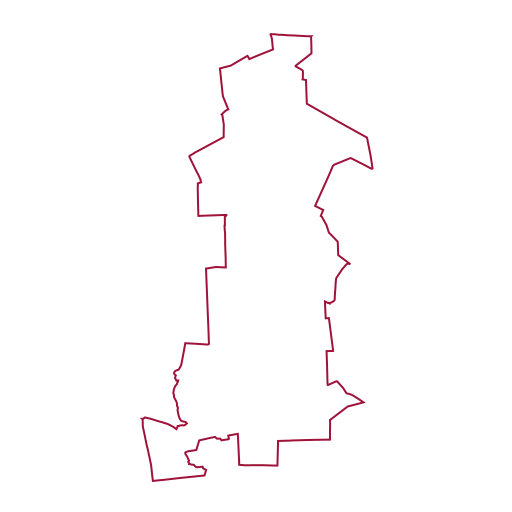 Amzacea, Constanta, Romania, rotated 268°
{"feature_id": "2599482B28238264431370", "entity_name": "Amzacea", "entity_type": "district", "adm_level": 2, "iso_a3": "ROU", "parent_name": "Romania", "parent_adm1": "Constanta", "projection": "albers", "projection_center": [28.34, 43.96], "detail": "fine", "context": "isolated", "style": "outline", "palette": "rose", "viewbox_px": 512, "rotation_deg": 268, "n_neighbors": 0, "source": "geoboundaries", "source_scale": "gbopen_adm2", "svg_char_len": 5258}
<svg xmlns="http://www.w3.org/2000/svg" viewBox="0 0 512 512"><g transform="rotate(268 256 256)"><path d="M368.8,371.4L370.5,371.0L371.0,370.2L374.5,364.3L381.4,352.8L388.9,340.4L390.4,338.1L401.1,320.7L403.4,317.0L406.4,312.1L418.7,312.1L418.8,312.1L430.1,312.1L430.9,308.7L431.9,309.0L437.8,309.3L439.2,309.3L439.7,309.1L440.2,308.6L441.2,307.1L442.7,304.6L444.2,302.2L444.8,302.3L446.7,304.9L449.3,308.5L453.0,313.6L455.0,316.3L456.6,318.5L465.6,318.7L470.8,318.7L473.5,318.7L473.7,318.9L473.7,318.6L473.7,317.5L473.8,316.3L474.0,312.9L474.3,310.0L474.6,306.4L475.0,302.6L475.1,300.9L475.1,300.7L475.6,294.3L476.1,290.3L476.2,288.3L476.2,287.5L476.7,284.1L476.9,282.8L477.0,280.7L477.2,278.6L477.2,278.3L477.1,278.2L475.1,278.8L473.2,279.4L467.9,279.8L465.5,279.9L461.9,280.2L459.2,272.8L456.5,265.3L454.5,260.0L453.0,256.2L455.9,254.8L456.2,254.5L456.3,254.4L453.0,248.3L449.8,242.2L449.7,242.1L447.2,237.5L447.1,237.2L445.7,230.9L444.7,226.5L420.3,228.2L417.7,228.4L416.0,228.8L415.2,229.1L403.5,233.4L402.7,231.6L402.1,230.5L398.7,226.6L397.9,227.3L391.6,228.0L388.3,228.4L375.9,227.8L361.3,198.1L360.9,197.8L358.6,193.4L358.4,193.1L358.1,192.9L357.7,192.9L357.1,193.1L356.3,193.4L355.0,194.0L352.7,195.0L342.6,199.5L340.4,200.6L338.2,201.6L334.3,203.2L333.0,203.4L332.4,203.4L331.9,203.5L331.5,203.7L331.4,203.5L331.5,203.3L331.3,202.7L330.7,200.9L330.6,200.4L326.3,200.2L325.8,200.1L316.9,200.0L310.6,199.9L308.2,199.9L298.1,199.8L298.0,200.7L298.1,203.2L298.1,203.9L298.1,227.6L297.9,227.9L296.6,226.8L296.3,226.2L287.8,226.0L287.6,225.6L282.3,225.7L279.7,225.9L276.6,225.8L274.1,225.8L269.0,225.6L266.3,225.6L263.1,225.6L259.8,225.6L257.3,225.6L254.1,225.6L245.6,225.4L246.4,215.5L245.2,206.0L245.2,205.6L200.9,205.8L200.3,205.8L186.9,205.9L173.5,205.9L171.6,205.9L170.4,205.9L169.9,206.0L169.6,205.7L169.3,205.2L169.2,204.6L169.2,204.1L169.4,202.5L170.3,193.7L171.3,182.3L171.2,182.3L156.4,179.0L152.4,178.1L149.2,177.3L145.4,174.9L145.0,174.5L144.8,173.8L144.5,172.6L144.1,171.8L143.5,171.0L143.5,170.9L142.4,170.2L141.6,170.0L140.5,170.5L139.5,171.7L138.2,171.2L136.9,170.8L135.4,171.6L134.3,172.1L134.3,173.9L133.4,173.7L131.8,172.8L130.6,172.4L130.0,171.8L129.3,171.1L128.4,170.4L126.7,169.8L125.6,169.2L124.0,169.0L123.0,168.8L122.0,168.5L121.2,168.8L120.8,168.9L119.4,169.3L118.4,169.1L117.8,169.2L116.0,170.0L113.6,171.2L112.0,171.8L111.6,171.8L109.0,171.8L107.4,172.6L106.6,172.7L105.6,172.3L104.7,172.2L103.4,172.4L102.3,172.6L101.4,172.7L98.5,173.3L96.4,174.0L95.7,174.3L94.0,175.4L93.6,176.1L93.0,178.0L92.6,179.6L92.0,180.3L91.1,181.1L90.7,180.6L90.3,180.1L89.7,179.3L89.3,178.5L89.2,177.9L89.2,177.4L89.4,176.7L89.4,175.6L89.4,175.0L89.2,174.0L89.0,173.3L88.7,172.5L88.8,171.9L88.7,171.9L88.3,171.8L87.2,171.1L86.0,170.5L85.7,170.3L86.5,169.4L88.3,167.0L88.8,166.2L89.4,165.2L90.4,163.5L91.4,161.4L91.7,160.4L93.1,156.5L93.7,154.5L94.3,152.7L95.9,148.2L97.0,145.0L97.8,142.1L98.5,139.5L98.5,139.2L97.7,138.3L97.3,137.8L97.3,137.4L97.3,136.5L97.2,136.6L97.0,136.8L96.4,136.9L94.5,137.0L92.8,137.0L91.0,136.9L89.1,137.0L88.0,137.2L80.7,138.5L73.5,139.7L70.5,140.2L67.5,140.9L65.2,141.3L61.3,142.0L61.2,142.0L59.3,142.4L57.0,142.8L55.5,143.0L51.2,143.8L47.7,144.1L40.4,144.6L34.8,145.1L35.2,150.8L35.5,155.9L37.0,174.9L37.3,179.6L38.4,196.3L38.5,196.9L43.9,198.7L45.6,195.8L47.3,195.3L47.0,191.5L47.0,189.5L47.4,188.5L48.3,187.5L49.3,186.8L49.6,186.2L49.7,184.5L50.0,183.9L50.2,183.1L50.4,181.9L50.7,182.0L51.2,181.9L52.3,181.2L52.8,181.1L53.4,181.7L53.8,181.9L54.1,181.9L54.7,181.5L57.9,180.2L59.3,179.4L60.2,178.7L61.0,178.5L62.1,178.5L62.3,178.8L62.6,179.5L63.1,181.0L63.1,180.9L64.2,189.6L66.0,190.2L70.7,191.8L73.7,192.8L75.8,203.9L76.6,208.7L74.8,210.7L74.7,214.0L73.0,215.0L73.2,216.7L73.8,221.9L74.2,222.5L77.5,222.0L78.2,226.8L78.9,231.6L72.8,231.7L66.6,231.8L56.2,231.9L52.2,232.0L52.3,231.9L47.9,231.9L47.2,237.9L47.0,246.9L46.7,255.3L45.8,269.0L45.8,270.1L70.4,271.6L70.3,284.5L70.4,284.9L70.3,301.1L70.2,309.0L69.9,323.5L79.1,323.9L88.3,324.3L89.5,324.2L95.8,333.1L102.2,342.1L102.4,342.4L104.6,352.4L106.0,358.3L108.8,354.5L111.2,351.0L112.9,348.6L113.9,346.9L114.8,344.6L115.6,341.8L116.1,341.4L117.0,340.8L119.3,339.5L121.0,338.5L127.5,333.0L127.8,332.9L127.9,332.5L128.0,332.3L127.8,331.4L125.5,325.8L124.5,323.4L124.7,323.2L125.3,323.0L144.8,323.2L154.2,323.2L158.5,323.2L158.4,329.1L158.5,329.8L191.4,326.7L191.3,323.5L208.2,323.3L207.8,324.0L207.7,324.1L206.9,325.7L206.6,326.1L206.4,327.1L206.0,327.9L206.5,327.9L206.4,328.2L206.9,329.6L207.7,331.3L208.7,332.6L209.3,333.0L210.2,333.2L212.7,333.3L216.4,333.7L220.9,334.2L225.6,334.6L229.4,335.1L230.8,335.3L231.5,335.7L234.8,338.1L239.4,341.4L241.7,343.5L244.2,345.7L244.7,346.4L245.1,347.2L245.0,348.2L244.8,349.2L244.5,350.0L254.0,338.2L261.9,338.2L267.4,338.2L272.9,333.3L275.7,330.7L276.8,329.7L284.4,327.5L285.6,326.9L292.7,323.3L293.7,322.1L299.4,324.7L299.6,324.8L303.7,317.3L304.0,316.8L329.7,329.5L336.5,332.8L343.4,336.0L344.1,336.7L344.5,337.4L345.8,340.8L346.9,344.0L348.7,348.6L348.9,349.3L349.3,350.4L350.5,353.5L350.5,353.9L350.4,354.2L350.3,354.6L348.7,357.5L346.6,361.3L345.2,363.8L345.0,364.3L342.5,368.7L339.3,374.2L339.2,374.8L339.3,375.3L339.6,375.5L352.5,374.0L367.1,371.6L368.8,371.4Z" fill="none" stroke="#9f1239" stroke-width="2"/></g></svg>